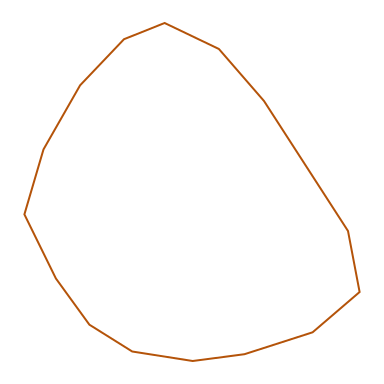 Mangaia, Equal Earth projection
{"feature_id": "COK-4952", "entity_name": "Mangaia", "entity_type": "state/province", "adm_level": 1, "iso_a3": "COK", "parent_name": "Cook Islands", "parent_adm1": "", "projection": "equal_earth", "projection_center": [-157.932, -21.908], "detail": "fine", "context": "isolated", "style": "outline", "palette": "amber", "viewbox_px": 384, "rotation_deg": 0, "n_neighbors": 0, "source": "natural_earth", "source_scale": "10m", "svg_char_len": 309}
<svg xmlns="http://www.w3.org/2000/svg" viewBox="0 0 384 384"><path d="M164.6,23.0L218.9,49.0L264.0,101.0L348.0,231.0L359.6,292.0L312.6,332.3L244.5,354.2L192.7,361.0L132.2,351.5L89.4,324.7L55.9,278.5L24.4,214.4L43.5,149.4L80.1,85.3L124.0,39.2L164.6,23.0Z" fill="none" stroke="#b45309" stroke-width="2"/></svg>